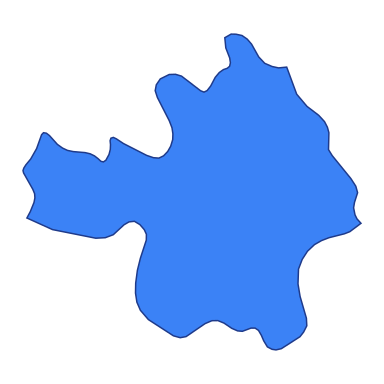 Yên Bái, Natural Earth projection
{"feature_id": "VNM-458", "entity_name": "Yên Bái", "entity_type": "Province", "adm_level": 1, "iso_a3": "VNM", "parent_name": "Vietnam", "parent_adm1": "", "projection": "natural_earth1", "projection_center": [104.512, 21.797], "detail": "fine", "context": "isolated", "style": "filled", "palette": "blue", "viewbox_px": 384, "rotation_deg": 0, "n_neighbors": 0, "source": "natural_earth", "source_scale": "10m", "svg_char_len": 1790}
<svg xmlns="http://www.w3.org/2000/svg" viewBox="0 0 384 384"><path d="M286.7,67.1L296.7,94.2L307.0,106.4L318.7,115.3L324.5,121.6L327.4,127.2L328.9,132.7L328.5,149.6L332.2,155.6L350.9,178.6L355.8,186.2L357.6,192.7L354.5,202.4L353.6,207.8L355.0,214.8L357.0,218.9L361.0,223.3L349.8,231.7L344.4,233.8L329.0,237.7L321.5,240.6L314.5,244.6L307.5,251.2L302.2,259.4L298.5,269.1L298.0,283.9L300.1,296.5L306.4,318.2L306.8,325.8L303.6,332.1L300.0,336.7L281.3,348.7L276.0,349.9L272.0,349.3L267.4,346.9L263.7,340.8L261.4,335.4L258.5,330.4L255.1,328.1L251.0,328.1L242.4,331.3L237.6,330.9L231.7,328.3L224.0,323.1L217.9,320.6L211.9,320.7L205.1,323.6L186.1,336.6L180.2,337.7L173.4,335.8L148.4,319.6L140.4,310.3L136.9,302.2L135.5,293.1L135.7,283.1L137.4,270.3L140.4,258.2L146.3,240.1L146.4,234.3L144.3,229.7L139.9,224.6L134.4,221.3L129.0,221.9L124.0,224.8L113.3,234.7L105.3,237.7L95.7,238.2L52.5,229.6L26.9,218.0L30.3,211.6L34.0,202.5L34.9,197.9L34.6,193.7L32.8,189.3L23.6,173.0L23.0,170.6L23.8,168.1L25.9,164.8L30.7,159.0L36.6,148.6L41.6,134.7L43.5,132.7L46.4,133.2L49.5,135.6L57.4,144.4L62.6,148.1L67.5,150.4L73.3,151.6L85.1,152.6L90.2,153.8L94.5,155.9L98.0,158.6L100.9,161.3L103.4,161.9L105.9,160.2L109.0,154.5L110.3,149.4L110.5,144.6L110.1,140.7L110.9,138.2L113.3,137.4L116.3,138.8L123.4,143.5L146.7,155.4L153.5,157.7L158.9,158.1L163.6,155.8L167.7,151.5L170.7,146.2L172.7,139.6L172.9,133.9L172.0,127.8L169.3,120.8L157.4,97.5L155.2,90.7L156.3,84.8L160.3,78.9L169.2,74.5L175.5,74.3L181.5,76.1L200.5,90.7L204.0,92.1L207.1,90.6L210.7,86.0L215.2,77.4L219.3,72.5L223.4,69.6L227.2,68.3L229.6,66.3L230.4,62.8L229.7,58.0L225.8,47.9L224.8,37.7L231.1,34.1L236.0,34.2L242.0,35.5L247.2,39.1L251.6,44.2L258.7,56.9L264.7,63.3L272.1,66.5L278.6,67.9L286.7,67.1Z" fill="#3b82f6" stroke="#1e3a8a" stroke-width="1.5"/></svg>